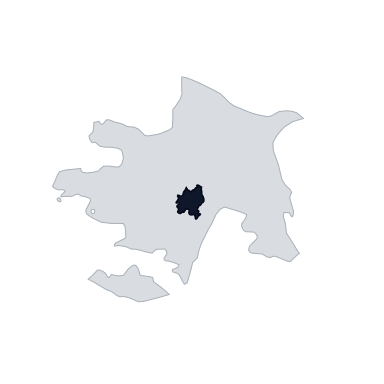 Aghjabadi District, Ağcabədi, Azerbaijan (highlighted), rotated 331°
{"feature_id": "54616110B84161876100413", "entity_name": "Aghjabadi District", "entity_type": "district", "adm_level": 2, "iso_a3": "AZE", "parent_name": "Azerbaijan", "parent_adm1": "Ağcabədi", "projection": "orthographic", "projection_center": [47.427, 39.997], "detail": "fine", "context": "in_parent", "style": "filled", "palette": "ink", "viewbox_px": 384, "rotation_deg": 331, "n_neighbors": 0, "source": "geoboundaries", "source_scale": "gbopen_adm2", "svg_char_len": 5398}
<svg xmlns="http://www.w3.org/2000/svg" viewBox="0 0 384 384"><g transform="rotate(331 192 192)"><path d="M256.0,297.9L254.7,297.8L244.7,300.4L242.6,299.6L234.0,288.9L232.2,287.7L228.5,287.2L226.4,285.5L224.6,282.6L223.6,280.4L214.8,274.6L213.4,272.4L213.3,270.5L214.5,268.8L216.0,267.4L220.3,265.9L225.3,264.6L226.8,263.6L227.7,262.1L227.6,259.5L226.7,257.1L219.5,252.6L218.7,250.7L218.5,248.3L218.9,245.8L220.0,243.9L225.8,241.2L228.9,238.4L226.9,235.4L220.6,228.5L213.1,220.9L208.1,220.8L202.4,223.1L193.3,229.7L188.3,232.5L181.7,237.1L174.4,242.2L168.5,247.7L164.8,252.2L158.2,254.1L154.9,257.9L143.7,269.2L140.6,269.0L140.5,263.4L140.7,258.9L140.0,256.3L136.5,252.7L136.5,251.2L137.5,250.3L140.2,250.9L143.7,250.7L145.4,249.3L141.7,244.7L138.4,241.5L135.6,239.4L134.9,238.1L135.0,237.2L135.6,236.2L140.4,233.7L140.9,231.3L140.6,228.7L133.0,224.8L127.3,226.1L122.2,221.7L119.0,218.3L114.9,214.6L111.3,212.6L107.9,208.0L101.9,203.2L98.0,201.8L98.1,201.1L98.8,200.3L100.4,199.6L111.3,200.0L112.6,199.1L113.3,197.2L114.8,194.2L116.6,189.9L116.6,186.2L105.8,180.1L98.1,174.5L92.8,167.2L89.3,160.6L89.4,158.4L90.5,156.3L99.0,150.5L99.6,148.9L99.5,147.8L96.6,144.7L92.9,141.4L91.8,139.0L89.5,137.8L85.0,137.6L77.2,133.5L75.6,133.1L75.2,132.3L75.6,131.5L81.3,130.0L81.2,128.7L79.6,127.0L76.5,125.6L73.7,122.4L72.7,119.6L83.0,111.7L86.0,110.1L92.6,111.7L106.1,117.5L105.1,120.5L106.5,122.2L109.6,124.6L115.6,127.0L120.6,128.3L123.2,127.3L127.2,126.5L132.3,129.3L136.9,132.8L139.3,134.2L140.5,134.6L144.1,133.5L148.5,129.1L150.2,123.8L150.7,121.2L148.2,117.7L143.1,113.8L137.4,110.4L133.7,107.4L131.5,101.5L129.1,100.8L128.5,100.0L128.1,98.0L128.3,95.2L129.1,93.1L131.4,92.2L133.8,91.9L135.9,89.8L138.6,85.8L139.8,83.6L144.8,85.0L145.4,88.6L146.3,89.3L148.4,88.9L151.8,87.4L154.5,88.6L158.0,93.0L162.9,97.5L165.5,100.6L166.5,102.7L169.0,104.7L172.7,107.1L175.6,110.9L178.2,119.6L180.8,121.7L190.3,125.0L193.6,125.7L202.9,126.8L206.2,125.9L210.9,118.4L215.2,110.6L219.2,109.0L226.4,105.2L230.7,101.6L232.5,97.8L236.5,90.5L238.9,86.4L243.2,90.0L250.8,99.6L261.6,115.3L264.3,119.7L266.1,124.9L267.7,131.2L270.2,136.7L281.3,150.6L286.1,155.6L293.9,162.2L296.7,163.6L300.3,163.9L306.8,163.8L312.9,166.2L316.0,168.0L319.2,170.5L322.0,173.5L325.1,181.7L314.5,179.3L303.9,180.0L297.9,182.0L292.2,184.5L286.7,188.1L283.3,194.8L280.7,210.2L276.7,224.7L277.0,231.3L279.0,237.7L278.9,240.7L276.9,242.0L274.5,244.8L271.4,258.1L269.8,260.7L267.7,262.4L267.0,260.9L267.1,257.4L262.3,254.4L259.9,257.9L258.3,265.2L255.0,272.9L254.8,274.4L256.0,297.9ZM97.5,162.1L98.0,160.1L96.7,159.1L95.3,159.0L94.1,160.0L94.0,162.6L95.7,163.1L97.5,162.1ZM61.1,221.2L59.6,219.0L58.9,217.8L63.6,217.0L71.6,214.4L73.7,215.8L75.9,218.8L77.0,221.3L77.1,225.9L78.0,226.6L81.9,225.2L83.5,227.1L86.4,229.4L91.5,231.7L98.9,228.4L102.6,227.6L105.6,227.7L107.2,228.8L107.8,232.4L107.1,236.8L106.2,239.2L107.7,241.0L113.7,245.3L116.2,247.7L114.9,251.8L119.3,261.8L120.7,265.7L122.4,270.6L113.2,268.5L96.5,264.2L91.9,262.0L87.7,256.4L85.2,253.6L81.4,250.1L78.3,248.7L76.0,246.2L74.7,242.6L72.8,239.4L69.5,235.5L62.1,222.6L61.1,221.2ZM73.3,136.0L72.3,136.7L70.8,135.9L70.3,134.3L70.5,132.7L72.0,132.3L73.3,132.8L73.6,134.4L73.3,136.0Z" fill="#d9dde1" stroke="#a8b0b8" stroke-width="1"/><path d="M189.1,185.4L188.6,185.7L187.9,186.3L187.4,186.7L186.3,187.2L185.9,187.4L185.3,187.6L184.6,188.0L184.1,188.6L183.4,189.2L182.9,189.8L182.2,190.3L181.2,190.6L180.5,190.5L179.5,189.6L179.3,188.9L178.6,188.3L178.1,187.9L177.6,188.3L177.2,189.1L177.5,190.1L177.4,190.6L177.0,191.2L176.5,191.5L175.9,191.9L175.0,192.4L174.4,192.8L173.2,193.3L172.9,193.7L173.0,194.1L174.2,194.6L175.3,195.0L175.4,195.7L175.0,196.5L173.5,196.5L173.0,196.5L172.0,197.0L171.7,197.5L171.7,198.0L171.7,198.5L172.2,199.6L172.0,200.4L171.3,201.2L170.9,201.5L170.3,201.8L169.8,202.4L169.8,202.9L170.2,204.0L170.7,204.6L171.2,205.1L172.2,205.1L173.0,205.0L173.7,205.1L174.3,205.4L175.0,205.7L175.9,205.5L176.6,204.9L177.3,204.6L178.4,204.3L178.9,204.3L179.4,204.5L180.0,204.9L180.5,205.4L180.7,206.4L180.5,206.9L180.3,207.2L179.8,207.8L179.2,208.5L179.1,208.9L179.0,209.2L179.0,210.0L179.2,210.8L180.0,211.6L180.8,211.8L181.4,212.2L182.1,212.4L182.7,212.6L182.8,212.7L183.0,213.3L183.1,213.8L182.9,214.5L182.8,215.3L182.5,215.9L182.2,216.6L182.1,217.0L182.1,217.3L182.3,217.6L182.8,217.6L183.5,217.5L184.0,217.3L184.6,217.0L185.2,216.4L185.7,216.2L186.4,216.2L187.5,216.0L188.1,215.9L188.5,215.7L188.5,215.0L188.2,214.6L187.8,214.3L187.4,214.1L187.1,213.8L187.1,213.4L187.6,212.9L188.2,212.5L188.6,212.2L188.7,211.9L188.3,211.3L188.1,210.9L188.0,210.5L188.2,209.9L188.5,209.5L189.0,209.1L189.9,208.6L190.3,208.3L190.8,207.8L191.2,207.5L192.1,207.6L193.0,207.6L193.6,207.4L194.1,207.1L194.6,206.7L195.2,206.5L195.6,206.4L196.3,206.4L197.0,206.3L197.4,206.1L197.9,205.7L198.4,205.1L198.5,204.6L199.1,203.8L199.1,202.7L199.5,201.6L199.4,199.3L199.5,198.8L199.7,198.2L200.0,197.6L200.4,196.9L200.8,196.1L201.0,195.5L201.3,194.6L201.6,193.9L202.1,193.1L202.5,192.4L202.7,192.2L202.4,192.0L202.0,191.5L201.8,190.9L201.7,190.4L201.2,189.7L200.9,189.1L200.2,188.6L199.7,188.5L199.3,188.6L199.2,189.4L198.9,190.4L198.6,190.2L197.5,190.1L196.6,190.4L195.9,190.7L195.2,191.0L194.2,190.8L193.2,190.7L192.3,191.0L191.3,191.4L191.1,191.2L190.5,190.3L190.4,189.7L190.1,189.2L189.4,188.4L189.2,187.7L189.2,186.6L189.1,185.6L189.1,185.4Z" fill="#0f172a" stroke="#020617" stroke-width="1.5"/></g></svg>